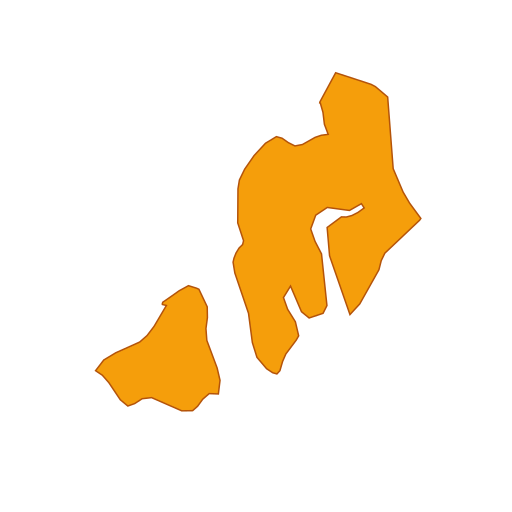 an SVG outline of Biombo, rotated 327°
{"feature_id": "GNB-5500", "entity_name": "Biombo", "entity_type": "Region", "adm_level": 1, "iso_a3": "GNB", "parent_name": "Guinea-Bissau", "parent_adm1": "", "projection": "orthographic", "projection_center": [-15.894, 11.883], "detail": "fine", "context": "isolated", "style": "filled", "palette": "amber", "viewbox_px": 512, "rotation_deg": 327, "n_neighbors": 0, "source": "natural_earth", "source_scale": "10m", "svg_char_len": 1469}
<svg xmlns="http://www.w3.org/2000/svg" viewBox="0 0 512 512"><g transform="rotate(327 256 256)"><path d="M414.7,314.3L412.7,315.1L365.6,323.8L358.5,328.1L351.6,334.5L316.9,352.7L302.9,356.3L317.8,295.9L331.2,270.8L348.9,269.7L353.0,272.5L358.5,274.3L365.2,275.0L372.9,274.6L372.9,269.5L359.2,268.7L342.2,254.1L328.3,254.3L316.6,263.1L313.5,275.8L312.1,289.9L288.5,336.2L281.0,340.6L266.8,336.9L263.8,327.5L268.6,300.0L256.4,305.8L253.5,317.9L253.2,332.6L248.3,346.2L243.8,348.5L227.7,354.4L220.9,358.9L213.6,365.2L209.3,366.3L206.4,363.0L203.5,356.3L201.6,341.5L205.8,326.6L218.5,300.0L229.0,258.7L233.4,248.7L236.4,245.8L240.9,242.6L246.1,240.1L251.0,239.1L253.9,236.4L258.7,218.3L277.5,189.8L283.5,183.2L293.8,177.0L309.2,170.7L325.4,166.6L338.1,167.0L342.0,171.4L344.8,178.4L348.6,184.9L355.7,187.8L370.2,188.7L376.5,190.3L382.8,193.3L385.1,182.8L390.4,172.0L393.2,162.9L392.8,162.3L393.5,161.6L422.6,145.7L446.0,174.7L448.4,179.0L453.0,194.4L418.6,257.5L414.2,282.4L413.6,295.2L414.7,314.3ZM59.0,264.8L71.7,260.3L85.8,260.8L111.6,264.8L121.3,263.4L132.2,259.5L153.9,248.7L151.1,245.7L151.2,245.2L152.6,244.0L163.1,243.7L172.6,243.3L183.2,244.1L188.6,250.6L190.0,252.8L187.4,272.1L181.7,281.2L174.5,289.6L168.8,300.0L162.4,328.8L158.1,340.7L149.3,351.2L141.8,345.9L133.3,347.1L125.2,350.2L118.6,351.2L109.4,345.4L91.3,317.9L82.8,313.7L73.9,313.7L66.8,312.0L63.9,302.7L63.6,282.0L62.2,272.3L59.0,264.8Z" fill="#f59e0b" stroke="#b45309" stroke-width="1.5"/></g></svg>